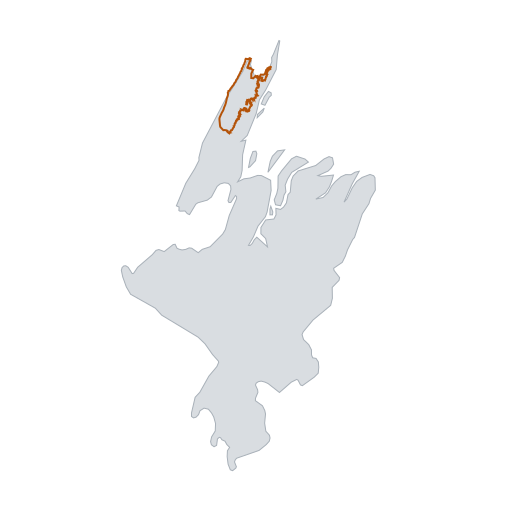 Bandarban, Chittagong, Bangladesh shown in context, rotated 213°
{"feature_id": "16705992B23463827258150", "entity_name": "Bandarban", "entity_type": "district", "adm_level": 2, "iso_a3": "BGD", "parent_name": "Bangladesh", "parent_adm1": "Chittagong", "projection": "equal_earth", "projection_center": [92.198, 21.77], "detail": "fine", "context": "in_parent", "style": "outline", "palette": "amber", "viewbox_px": 512, "rotation_deg": 213, "n_neighbors": 0, "source": "geoboundaries", "source_scale": "gbopen_adm2", "svg_char_len": 9562}
<svg xmlns="http://www.w3.org/2000/svg" viewBox="0 0 512 512"><g transform="rotate(213 256 256)"><path d="M189.8,361.4L189.8,349.2L183.5,325.2L183.9,322.5L182.6,311.0L181.0,304.6L180.2,297.7L184.2,288.0L182.7,286.4L174.1,283.4L173.1,280.8L175.0,271.2L168.9,262.1L166.5,255.3L173.3,233.4L175.1,218.1L174.6,215.2L170.6,211.8L163.5,210.4L158.4,207.5L155.5,203.2L153.0,201.5L149.9,202.8L146.0,201.1L142.7,196.8L140.0,191.6L141.2,186.0L146.5,172.5L148.5,172.1L153.0,174.7L154.6,174.7L157.7,169.4L162.0,154.3L176.4,155.6L179.9,155.1L183.5,153.9L185.5,152.0L186.6,149.6L186.2,147.5L181.8,144.7L180.1,142.6L179.0,136.5L177.7,134.3L169.0,133.9L164.5,131.2L162.0,128.7L157.7,120.5L152.3,114.4L147.1,113.0L145.1,111.0L144.0,107.9L144.7,103.4L147.5,94.7L162.0,76.0L162.4,74.0L161.9,71.6L157.7,68.6L157.4,67.1L158.7,63.2L161.1,62.7L166.0,66.2L170.9,72.0L173.9,77.1L173.9,81.2L177.8,82.0L181.1,83.8L184.5,83.3L186.7,84.3L188.1,83.9L188.7,81.6L185.9,75.7L187.3,73.2L190.6,73.4L193.0,75.6L194.7,80.1L194.9,87.1L198.7,93.5L203.8,98.0L207.7,100.1L212.5,101.6L216.7,100.1L218.7,95.7L217.8,91.7L218.5,88.2L220.2,86.2L222.7,86.3L224.6,89.2L230.1,104.4L228.9,111.1L230.1,129.6L228.6,141.9L229.4,146.6L230.4,147.4L238.8,149.7L251.0,154.6L260.4,156.4L302.8,155.0L312.0,157.4L340.3,155.6L348.0,159.5L356.4,165.9L361.1,170.6L362.0,173.3L361.5,175.6L359.9,176.9L357.0,176.9L350.3,173.8L349.2,174.8L349.1,182.1L343.7,200.6L342.9,206.3L341.0,208.5L335.4,209.7L331.7,220.5L330.2,221.8L326.5,219.5L324.2,219.8L321.3,220.8L318.5,223.3L316.5,226.4L314.2,227.5L306.3,227.3L304.7,232.3L299.5,238.8L295.9,256.2L296.1,261.5L300.5,275.4L303.5,293.5L304.7,295.3L306.2,295.5L306.3,287.2L307.8,286.1L309.6,287.1L313.3,298.2L315.5,301.0L318.8,301.8L322.5,300.1L325.3,296.9L326.5,293.3L325.5,281.2L327.3,276.3L333.8,268.9L334.7,266.6L334.3,254.5L336.7,254.1L340.0,255.1L344.2,252.2L345.4,252.1L347.2,255.2L350.1,254.7L354.5,278.8L354.9,295.8L355.9,305.2L357.5,307.4L362.4,321.6L367.0,371.7L367.6,403.6L369.5,414.5L367.9,416.9L366.3,417.3L364.9,413.5L354.4,405.4L351.8,406.3L348.2,411.0L346.8,415.3L347.4,421.5L348.5,427.5L351.0,431.0L351.3,434.8L354.1,449.2L353.2,449.3L347.5,436.2L340.6,423.3L338.3,400.3L338.2,388.9L333.4,375.5L329.0,352.3L330.9,344.1L327.6,347.7L322.4,333.7L314.2,320.1L311.9,314.1L311.8,308.2L308.2,314.1L303.4,318.2L298.5,324.5L295.3,326.4L285.0,327.5L279.0,319.2L270.6,298.8L269.5,294.1L270.6,282.2L268.6,270.8L268.1,260.8L266.6,261.7L266.0,264.5L266.3,268.7L265.6,272.2L251.3,269.9L257.4,275.9L264.0,277.3L267.4,282.6L267.5,291.5L261.1,296.8L261.6,301.4L265.3,306.8L260.8,308.4L259.5,312.0L259.4,317.1L262.6,325.0L262.0,328.1L267.4,338.3L268.4,343.3L267.0,350.3L255.2,364.4L251.8,374.4L248.9,379.1L245.3,380.0L240.9,375.3L240.9,370.4L241.8,366.5L247.9,357.1L244.6,358.4L235.1,366.1L233.3,359.9L232.1,354.0L232.1,346.9L236.8,336.3L231.6,341.6L230.1,348.2L230.7,356.0L230.0,361.6L227.9,368.8L225.1,373.1L220.6,375.9L218.6,380.2L215.6,383.3L214.6,368.8L211.5,349.1L210.8,353.3L212.4,365.5L212.2,373.4L209.8,379.7L204.8,386.5L201.0,387.4L198.8,386.4L191.8,376.2L191.3,366.7L189.8,361.4ZM276.4,361.7L267.7,364.0L263.2,363.3L271.6,345.6L271.4,337.7L270.1,331.3L265.9,326.1L265.7,322.4L263.8,317.4L262.8,311.5L267.5,309.6L271.3,313.0L272.6,319.7L274.5,324.7L281.0,335.1L280.9,341.4L279.1,356.9L276.4,361.7ZM295.2,355.9L289.8,360.6L291.6,332.7L295.6,343.1L296.6,348.6L295.2,355.9ZM315.5,342.0L313.2,343.9L311.0,342.2L308.3,335.7L309.7,327.4L310.5,326.2L313.9,334.7L315.5,342.0ZM335.2,400.8L332.2,401.1L330.7,399.1L331.4,396.4L330.6,387.3L334.4,386.4L335.8,394.0L335.2,400.8ZM331.9,375.5L329.6,384.5L328.7,380.5L330.3,372.6L331.9,375.5ZM269.8,302.9L270.7,305.8L265.9,302.1L264.6,299.5L266.7,298.1L269.8,302.9Z" fill="#d9dde1" stroke="#a8b0b8" stroke-width="1"/><path d="M368.6,377.6L367.7,376.6L367.2,375.6L366.7,374.2L366.4,372.6L364.8,368.4L364.1,366.0L363.6,363.1L363.1,361.5L362.8,360.0L362.7,357.4L362.0,352.9L361.7,351.7L360.9,350.4L357.8,346.5L356.5,345.0L355.9,344.7L351.9,343.7L351.0,344.5L349.0,345.4L348.2,345.4L347.6,345.3L347.5,345.0L347.7,344.6L347.2,344.4L345.1,344.3L345.1,345.2L345.0,345.3L345.4,345.3L345.4,345.2L345.5,345.9L345.4,346.1L345.4,346.5L345.3,346.4L345.2,347.7L344.7,348.4L344.8,348.8L344.7,349.7L345.0,350.3L344.9,350.7L344.9,351.5L344.7,351.9L345.0,352.6L345.3,352.8L345.1,353.0L345.1,353.8L345.3,354.1L345.4,354.6L345.6,354.7L346.0,355.4L345.9,355.7L346.0,355.9L345.6,356.6L345.9,356.9L345.9,357.7L346.2,357.8L346.3,358.2L345.8,359.0L345.9,359.4L346.2,359.4L346.1,359.7L346.3,359.7L346.5,360.1L346.3,360.6L345.7,360.9L345.6,361.3L345.3,361.4L345.2,361.1L344.9,361.5L345.0,361.7L346.0,362.0L345.9,362.3L345.6,362.6L345.6,363.0L346.0,362.9L346.0,363.2L346.6,363.4L346.5,363.8L346.2,364.1L346.2,364.4L345.9,364.7L346.1,364.8L346.4,365.1L346.3,365.4L346.5,365.3L346.7,366.0L346.9,365.7L346.9,365.9L347.4,366.0L347.6,366.4L347.9,366.4L347.9,367.1L348.4,367.1L348.6,367.3L348.5,367.6L347.9,367.7L347.9,368.4L348.3,368.7L348.3,369.1L348.5,369.4L347.5,370.3L347.4,370.8L347.6,370.9L347.1,371.0L347.0,371.3L346.8,371.5L346.6,371.4L346.5,371.6L346.5,371.3L346.1,371.2L345.8,371.3L345.8,371.5L345.9,372.2L346.1,372.2L346.1,372.7L346.4,373.3L346.5,373.3L346.5,373.7L346.2,373.9L346.0,373.6L345.3,373.9L345.1,373.8L345.0,374.0L344.6,374.0L344.3,374.3L343.8,373.9L343.7,373.5L343.4,373.4L343.4,372.9L343.6,372.7L343.8,372.3L343.7,372.1L343.2,372.3L343.1,372.7L342.7,372.9L342.6,372.7L342.5,372.9L342.2,372.7L341.8,373.0L341.6,372.8L340.8,373.8L340.8,374.2L341.3,374.3L341.4,374.7L341.6,374.8L341.6,375.1L341.8,375.2L341.8,376.0L342.0,376.9L341.9,377.2L342.0,377.5L342.3,378.4L342.1,378.9L341.8,379.0L341.7,379.4L341.8,379.5L341.6,380.0L341.8,380.5L342.3,380.5L342.6,380.7L342.9,380.6L342.9,381.1L343.2,381.7L343.3,381.5L344.0,381.5L344.0,381.4L344.2,381.2L344.3,381.1L344.8,382.0L344.9,382.5L345.2,382.7L345.7,382.5L346.1,382.9L346.1,382.5L346.5,382.2L346.5,381.8L346.8,381.7L346.9,381.9L346.9,382.6L347.3,382.7L347.3,382.4L347.1,381.5L347.1,381.1L346.8,380.8L346.8,380.5L346.7,380.2L346.8,379.7L346.6,379.2L346.3,379.1L346.2,378.4L346.3,378.4L346.2,378.1L346.8,377.9L347.0,378.5L346.9,378.9L347.0,379.2L347.1,379.9L347.3,379.8L347.4,379.5L347.6,379.4L347.8,379.9L348.0,380.0L348.0,380.8L348.2,381.6L348.4,382.1L348.0,382.3L347.8,382.2L347.7,382.1L347.4,382.9L347.2,382.9L346.8,382.6L346.8,381.9L346.6,381.9L346.6,382.3L346.2,382.6L346.1,383.0L345.8,383.2L345.8,383.7L345.6,384.6L345.6,384.8L345.7,385.1L345.8,385.0L345.9,385.3L345.7,385.6L345.1,385.5L344.8,385.7L344.7,385.4L343.6,385.1L343.9,385.7L343.4,385.6L343.3,385.8L343.5,386.1L343.7,386.7L343.6,386.8L343.1,386.6L343.5,387.1L343.5,387.5L343.2,387.4L343.0,387.6L342.9,387.8L343.0,388.1L342.9,388.3L342.7,388.2L342.4,388.6L342.7,389.0L342.8,388.9L342.9,389.5L343.1,389.7L343.1,389.9L343.4,390.2L343.2,390.2L343.2,390.5L342.9,390.7L343.4,390.8L343.5,391.2L342.7,391.7L343.1,391.8L343.4,392.3L344.0,392.5L344.2,392.9L344.8,393.4L345.0,394.1L344.9,394.6L345.1,394.6L345.2,394.9L345.8,394.6L345.9,394.2L346.2,394.3L346.5,394.6L346.4,395.2L346.2,395.4L346.4,395.5L346.6,395.9L346.7,396.5L347.0,396.8L346.7,397.7L346.1,398.1L345.9,398.5L345.7,398.6L345.8,399.1L346.1,399.9L346.3,400.1L346.3,400.4L346.6,400.9L346.9,400.6L346.9,400.9L347.1,401.3L347.1,400.7L347.4,400.6L347.5,400.4L347.9,400.4L347.9,401.2L348.2,401.0L348.7,401.1L348.6,401.5L349.0,401.7L348.9,402.5L349.0,402.5L349.2,402.8L349.3,402.6L349.4,402.8L349.7,403.0L349.8,403.2L349.7,403.5L349.8,404.0L349.7,404.3L349.9,404.6L349.6,404.5L349.6,404.9L349.3,405.0L349.5,405.4L349.5,406.1L349.9,406.4L349.7,407.2L350.2,407.6L350.1,408.0L349.6,408.3L348.8,408.1L348.5,408.5L347.9,408.8L347.7,408.3L347.7,407.9L347.6,407.7L347.2,406.3L346.9,406.5L346.7,406.0L346.2,406.1L345.6,406.4L345.6,406.9L345.5,407.0L345.6,407.3L345.1,407.7L345.0,408.1L344.8,408.2L344.6,407.9L344.1,408.1L344.2,408.3L344.3,409.4L344.8,410.4L344.9,411.6L345.0,411.5L345.3,411.9L345.4,413.1L345.4,413.4L345.5,413.3L345.6,413.5L345.7,414.0L345.8,414.1L346.2,414.9L346.3,415.0L346.4,415.6L346.7,415.9L346.6,416.1L346.8,416.5L346.8,416.8L347.3,416.8L347.4,417.1L347.3,417.6L346.9,418.1L347.0,418.2L346.7,418.9L346.8,419.3L346.3,419.7L346.3,420.0L346.1,420.2L346.2,420.4L346.1,420.5L346.3,420.6L346.2,420.9L346.3,421.2L346.3,421.6L346.5,421.7L346.4,422.3L346.5,422.6L346.8,422.6L347.0,422.1L347.9,421.2L348.1,420.7L348.3,420.0L348.5,419.9L348.7,419.5L348.3,418.4L348.8,417.7L347.7,413.5L348.4,412.2L350.8,410.7L350.6,408.8L351.3,408.1L351.3,406.2L352.4,406.1L352.7,406.8L352.9,406.5L353.3,406.9L353.6,406.7L354.3,406.8L354.3,406.3L354.1,406.5L354.2,406.0L354.5,405.9L354.7,405.7L355.0,403.6L356.9,402.7L359.3,406.5L359.8,410.5L360.9,410.2L362.9,410.7L363.5,410.6L363.3,409.7L364.6,409.4L364.6,409.6L365.0,409.7L365.3,409.5L365.6,409.2L365.8,409.2L366.1,410.0L366.0,410.6L366.2,411.1L366.3,412.0L366.6,412.6L366.5,413.2L366.7,413.6L367.1,414.9L367.2,415.7L367.1,416.1L367.2,416.8L367.5,417.3L367.7,418.6L368.6,418.5L368.7,418.4L368.7,418.2L369.1,418.2L369.0,417.8L369.4,417.4L369.4,417.0L369.6,416.9L369.6,417.1L370.0,416.6L370.4,416.5L370.6,416.5L372.0,415.8L371.9,415.0L371.1,413.5L370.8,411.7L370.5,410.9L370.4,409.7L370.5,409.1L370.1,408.1L369.9,406.8L370.0,406.2L369.9,406.1L369.9,405.6L369.7,405.6L369.5,405.0L369.5,404.6L369.1,403.0L369.3,402.6L369.3,402.2L368.9,400.3L368.9,399.2L368.7,398.2L368.7,396.6L368.4,395.7L368.3,394.1L368.5,393.1L368.0,390.9L368.3,389.1L368.2,388.5L368.0,387.7L368.1,386.4L368.3,385.8L368.2,385.0L368.3,384.7L368.3,384.1L368.5,382.4L368.4,381.6L368.4,380.0L369.0,379.4L368.9,379.2L368.7,379.0L368.6,377.6Z" fill="none" stroke="#b45309" stroke-width="2"/></g></svg>